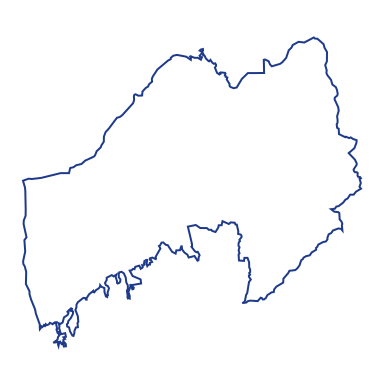 the district of Tisau, Buzau, Romania
{"feature_id": "2599482B29970481814302", "entity_name": "Tisau", "entity_type": "district", "adm_level": 2, "iso_a3": "ROU", "parent_name": "Romania", "parent_adm1": "Buzau", "projection": "orthographic", "projection_center": [26.544, 45.194], "detail": "fine", "context": "isolated", "style": "outline", "palette": "blue", "viewbox_px": 384, "rotation_deg": 0, "n_neighbors": 0, "source": "geoboundaries", "source_scale": "gbopen_adm2", "svg_char_len": 5894}
<svg xmlns="http://www.w3.org/2000/svg" viewBox="0 0 384 384"><path d="M104.5,292.1L105.9,296.4L107.2,297.0L107.3,296.1L106.5,295.1L107.9,295.0L107.6,292.5L109.0,288.3L107.8,286.0L105.9,285.2L105.0,283.0L106.7,280.0L106.7,277.7L111.8,275.1L113.6,276.4L116.3,274.6L115.6,276.8L117.1,281.5L117.0,282.9L117.6,283.5L119.0,283.1L120.2,281.8L120.4,279.3L118.8,277.3L118.7,274.3L119.2,272.4L121.5,271.8L123.8,273.3L125.7,277.4L126.3,282.5L127.8,285.3L127.9,288.7L126.9,290.6L127.7,296.1L127.4,297.3L128.0,298.4L128.6,297.9L129.7,298.5L129.7,295.8L128.4,292.0L130.4,286.7L130.4,284.1L132.4,289.3L133.3,289.1L133.8,287.8L132.9,286.9L132.4,285.0L141.1,283.5L140.6,279.4L132.6,276.0L129.7,270.6L131.6,270.3L132.9,268.9L134.5,269.2L135.2,266.9L139.0,265.7L139.4,265.7L140.7,268.8L141.9,268.1L142.7,267.3L142.3,265.2L143.2,265.5L144.5,264.6L143.9,263.2L144.7,262.6L144.3,261.2L146.2,259.9L147.2,260.0L146.6,263.6L147.3,266.1L148.5,264.7L150.0,264.5L149.9,262.8L152.1,262.0L150.9,259.8L150.0,259.8L149.8,258.4L152.3,257.6L155.7,259.1L156.0,258.4L155.6,256.9L160.4,248.5L159.0,246.0L159.8,245.7L161.6,242.6L163.3,242.5L165.7,244.8L167.7,245.1L172.1,251.8L175.6,253.6L176.3,250.4L180.0,250.2L181.2,246.4L181.7,246.3L182.2,249.6L184.5,252.6L187.4,254.7L188.7,257.5L194.5,256.0L197.5,260.7L198.4,260.3L198.7,257.2L199.6,255.2L197.7,251.8L196.5,252.2L195.0,251.4L191.5,246.8L192.0,246.5L192.0,244.1L187.9,226.6L195.8,225.0L200.2,228.0L206.9,228.1L208.8,229.8L211.3,229.8L212.1,230.9L215.5,232.0L218.3,227.5L218.7,225.3L221.6,225.2L222.5,221.2L228.9,224.0L230.6,222.4L234.7,222.7L235.5,224.5L236.8,224.6L238.3,231.3L238.1,233.9L240.8,234.6L241.6,236.0L241.5,237.1L239.4,239.9L240.0,241.1L238.8,242.4L238.5,244.1L238.6,246.0L239.5,247.2L238.6,250.4L239.5,253.4L238.6,254.4L239.0,260.5L244.0,260.9L244.4,257.9L247.5,257.9L249.1,262.3L249.2,267.3L250.1,269.4L250.2,272.0L249.2,273.0L250.1,274.7L249.0,275.4L248.9,276.7L250.8,279.5L249.0,282.0L247.2,293.1L246.1,294.9L245.1,300.1L244.5,301.8L242.3,303.1L246.4,302.5L247.5,301.3L250.3,300.6L257.7,301.1L260.7,297.7L262.0,298.2L262.6,299.4L264.1,299.4L265.8,298.1L267.4,295.1L271.7,292.3L273.7,292.1L274.2,289.4L276.3,286.7L283.2,282.6L283.4,278.7L288.2,273.1L289.4,270.8L295.2,270.1L297.3,268.4L299.5,265.4L301.2,260.3L303.0,258.9L303.5,257.7L306.0,256.2L309.8,255.3L311.6,252.5L316.1,249.8L316.1,247.8L317.2,246.9L318.3,244.6L322.7,242.2L326.0,241.4L327.5,239.3L327.4,237.7L328.7,234.3L331.3,233.0L332.9,230.5L338.3,228.5L341.0,228.8L342.4,230.5L341.9,225.3L342.3,223.8L341.5,221.5L339.7,219.5L339.3,213.0L338.2,212.1L334.3,211.7L331.1,209.2L334.9,208.7L336.3,206.6L338.6,206.1L343.2,202.6L345.4,199.7L347.6,198.5L350.1,194.7L353.6,194.7L356.1,191.6L361.0,188.7L359.5,186.8L360.8,183.0L359.6,178.9L360.9,178.3L360.3,177.2L358.0,176.7L357.5,175.4L357.7,173.0L356.8,172.2L354.9,172.2L353.8,170.8L353.6,169.5L356.6,164.9L356.7,163.3L354.9,159.6L348.7,153.1L354.4,148.2L356.5,142.6L356.6,140.2L352.9,138.9L350.8,137.4L349.2,138.1L345.8,136.7L345.2,137.2L339.0,134.1L338.7,128.7L337.1,127.8L336.7,124.2L337.5,122.9L337.6,120.1L337.1,116.3L338.7,110.8L338.2,107.2L334.6,99.4L334.8,97.6L337.3,95.5L337.7,93.7L336.9,89.7L335.8,87.1L332.4,84.6L331.0,79.8L327.3,75.1L326.4,72.9L326.7,70.3L325.2,65.1L326.9,61.4L327.0,52.0L324.5,47.7L323.6,44.2L317.5,38.8L314.8,38.5L313.8,37.5L304.3,42.5L298.6,41.8L292.6,45.1L291.6,47.5L288.8,50.2L286.2,57.8L282.5,62.1L280.0,63.9L271.8,66.3L270.0,64.4L268.6,61.2L264.9,59.5L263.8,59.8L264.1,73.0L247.8,73.1L241.8,79.0L236.7,87.5L233.6,88.2L230.4,86.9L229.6,85.9L229.5,83.9L226.7,79.4L227.3,77.5L225.5,76.7L225.6,75.9L224.8,75.2L225.5,73.7L225.1,72.9L220.7,72.4L220.1,72.7L220.5,73.8L219.4,74.5L217.0,72.8L214.9,67.6L216.0,66.0L216.0,64.6L215.1,63.3L213.9,63.8L212.5,62.9L210.4,59.9L209.4,61.3L208.7,61.2L206.0,58.6L204.4,55.5L203.1,55.0L203.5,54.4L202.3,52.0L203.0,50.6L202.9,49.0L200.7,49.6L199.7,50.6L202.0,51.8L201.6,53.5L199.6,55.7L200.1,56.8L202.0,57.2L200.9,59.7L197.8,57.8L194.4,57.8L190.6,56.2L190.1,56.5L191.0,57.6L190.8,59.8L186.2,56.7L177.0,54.9L173.3,55.7L170.8,57.8L170.7,59.2L168.1,60.5L157.4,69.5L152.8,76.5L151.8,79.0L152.1,81.6L149.1,84.2L148.1,86.5L145.8,87.9L142.5,91.5L142.1,95.5L138.4,95.7L135.6,94.3L134.3,94.8L133.9,96.2L134.1,100.0L133.1,103.2L122.3,115.1L119.8,117.0L116.9,117.8L108.9,128.5L105.6,132.1L103.9,136.6L103.8,141.7L101.4,145.4L100.7,147.4L96.7,151.2L95.0,155.4L93.9,156.6L85.2,160.6L81.5,164.0L76.3,165.2L73.5,167.2L70.2,168.0L69.0,173.1L60.7,173.1L41.2,177.9L31.8,179.0L28.6,178.7L23.0,180.7L25.0,187.6L25.3,190.8L25.7,209.5L25.6,215.8L23.8,220.4L23.6,224.0L26.5,237.3L24.4,240.1L25.2,251.5L23.1,261.3L23.4,264.1L24.8,266.5L26.2,271.9L25.9,284.0L29.5,291.3L29.5,294.1L31.0,299.3L35.1,309.5L35.9,313.7L40.2,325.7L39.7,326.1L39.9,329.2L41.1,327.7L41.2,326.1L42.4,327.0L43.3,326.0L44.7,326.1L44.3,324.9L45.4,325.0L45.7,324.2L46.7,325.2L48.9,324.3L49.9,322.8L52.7,324.2L53.8,323.0L54.9,323.2L54.9,322.4L56.5,322.2L56.3,324.8L57.2,329.0L56.5,329.4L57.5,332.6L58.7,332.0L58.8,332.8L58.2,333.1L59.3,335.3L58.1,336.9L57.4,339.8L53.3,342.7L58.3,342.0L58.0,344.5L58.5,346.0L59.2,342.4L60.1,341.7L61.6,344.1L62.0,344.3L62.5,343.1L63.6,343.9L63.9,346.5L65.9,346.3L65.8,344.0L63.3,341.2L63.4,339.7L65.0,339.0L63.5,337.3L65.9,336.8L65.2,333.2L61.0,334.2L59.1,327.9L59.5,326.3L58.7,323.2L60.4,323.9L62.6,322.5L64.0,317.4L67.6,315.0L68.5,312.9L67.4,311.8L68.6,310.5L69.6,310.7L69.5,309.7L71.1,308.3L71.9,308.7L71.5,309.5L71.9,310.0L71.2,310.8L73.1,311.6L72.9,314.0L70.8,318.1L68.3,321.1L67.9,323.3L66.9,324.2L67.2,326.5L69.1,327.4L70.0,331.3L72.4,335.6L73.5,335.9L74.4,332.9L74.4,331.0L75.9,327.5L77.9,327.2L77.5,323.0L78.3,321.8L77.8,316.1L75.4,309.9L76.4,307.4L76.5,304.6L77.9,302.2L83.3,297.9L85.2,298.1L85.9,299.6L86.6,299.6L86.4,298.5L88.9,294.5L93.2,290.9L93.3,292.1L94.2,292.4L96.1,290.0L98.6,288.5L100.0,286.7L100.2,285.2L101.4,286.8L104.4,288.0L104.5,292.1Z" fill="none" stroke="#1e3a8a" stroke-width="2"/></svg>